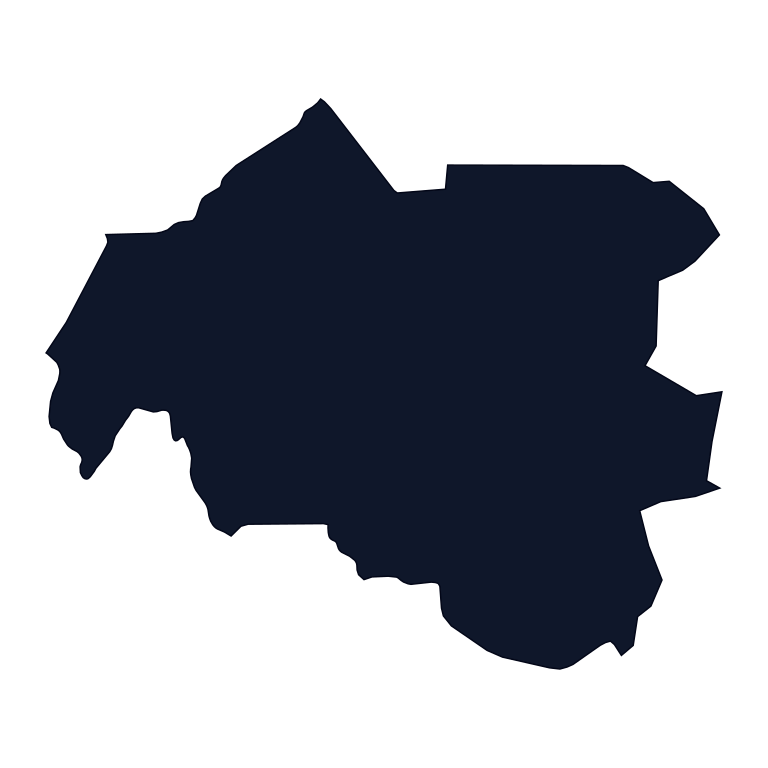 the Region of Louga
{"feature_id": "SEN-766", "entity_name": "Louga", "entity_type": "Region", "adm_level": 1, "iso_a3": "SEN", "parent_name": "Senegal", "parent_adm1": "", "projection": "natural_earth1", "projection_center": [-15.989, 15.391], "detail": "fine", "context": "isolated", "style": "filled", "palette": "ink", "viewbox_px": 768, "rotation_deg": 0, "n_neighbors": 0, "source": "natural_earth", "source_scale": "10m", "svg_char_len": 2833}
<svg xmlns="http://www.w3.org/2000/svg" viewBox="0 0 768 768"><path d="M46.1,352.9L66.3,322.4L106.5,245.9L107.9,242.3L107.4,238.6L105.8,234.6L106.2,234.6L155.9,233.3L161.8,232.1L167.6,230.0L174.2,224.5L178.5,222.6L183.8,221.7L188.5,221.4L192.8,220.6L195.2,217.7L196.5,215.3L200.3,203.3L202.3,199.0L205.4,196.1L218.7,188.2L220.3,186.9L221.1,185.1L221.9,181.4L222.6,179.7L223.5,178.2L225.6,175.6L236.2,165.5L237.8,164.5L237.9,164.4L295.8,127.3L297.7,125.7L299.9,122.8L303.1,116.6L304.3,113.0L305.2,111.7L306.6,110.6L312.4,107.2L317.5,103.0L318.6,101.7L320.6,99.0L324.4,101.8L330.8,108.6L393.9,190.5L397.3,193.0L445.5,189.2L447.7,165.1L623.2,165.5L628.5,167.6L653.1,182.6L669.2,181.3L703.8,208.8L719.4,234.9L695.0,261.1L682.7,270.2L667.1,276.8L658.2,280.7L656.1,346.0L645.0,365.7L696.3,395.7L721.9,391.8L712.0,441.5L706.5,480.7L719.7,488.1L695.4,496.4L660.8,501.6L639.7,510.7L648.6,546.0L662.0,580.0L650.9,606.1L637.6,616.6L633.2,645.4L621.4,655.4L614.4,644.5L610.5,641.1L605.5,642.5L600.2,645.3L573.0,664.4L567.1,667.0L559.9,669.0L549.5,667.8L502.5,657.1L487.1,650.4L462.5,633.5L451.4,625.9L443.4,615.9L441.5,608.1L439.9,586.4L439.0,584.6L438.0,583.3L435.3,582.5L431.3,582.1L411.0,584.3L408.1,583.8L403.5,582.0L401.1,580.4L398.1,577.9L396.7,577.1L388.2,576.2L372.0,576.9L364.0,579.6L358.6,574.7L357.1,570.0L356.9,565.2L356.5,563.2L355.7,561.6L354.8,560.3L349.6,556.2L341.8,552.3L340.5,551.3L339.4,550.1L338.5,548.6L336.7,543.2L335.9,541.9L334.7,541.0L332.6,540.1L331.3,539.3L330.1,538.2L329.2,536.7L328.7,534.7L328.3,532.5L328.0,527.9L328.1,524.6L323.5,523.6L248.1,524.2L241.0,526.2L231.1,536.0L224.4,532.0L217.5,529.0L216.0,528.1L214.4,526.7L212.8,524.8L210.7,521.2L209.7,518.5L209.0,516.0L208.0,509.5L207.4,507.5L206.7,505.7L205.1,502.8L196.1,490.4L194.5,487.3L191.5,478.5L190.8,474.9L190.5,471.9L190.7,468.8L191.0,467.3L191.7,458.1L190.8,453.2L189.5,449.5L188.4,447.1L187.5,445.7L184.8,438.8L183.9,437.5L182.7,436.8L180.9,437.5L178.3,439.8L177.0,440.6L175.5,440.8L174.2,440.0L173.0,437.9L172.1,433.3L170.4,416.1L169.9,414.2L169.3,412.7L168.0,411.3L166.3,410.4L163.3,410.1L161.6,410.2L156.9,411.6L153.3,411.9L138.8,407.8L136.5,407.8L134.6,408.4L133.2,409.4L132.1,410.5L131.1,411.9L128.5,416.4L125.5,420.3L122.0,426.1L119.9,428.7L115.2,435.8L113.4,441.2L112.5,445.2L111.4,448.7L109.7,451.7L95.9,468.3L94.3,471.3L90.3,476.7L89.1,477.8L87.8,478.8L86.3,479.0L84.7,478.6L83.2,477.6L81.9,475.7L80.4,472.6L80.1,466.8L80.5,465.2L80.9,464.1L81.6,462.7L82.0,461.2L82.2,459.7L81.9,457.7L81.0,455.9L78.9,453.1L77.1,451.6L72.2,449.0L69.6,447.0L68.4,446.0L67.3,444.7L63.6,439.0L61.6,434.4L60.7,432.8L59.6,431.3L57.8,429.9L54.2,428.1L51.7,427.3L49.9,423.4L49.1,416.5L50.6,401.3L52.9,392.9L58.4,380.5L59.8,373.5L59.9,371.0L59.7,369.1L58.2,364.9L56.8,362.3L47.6,353.9L46.1,352.9L46.1,352.9Z" fill="#0f172a" stroke="#020617" stroke-width="1.5"/></svg>